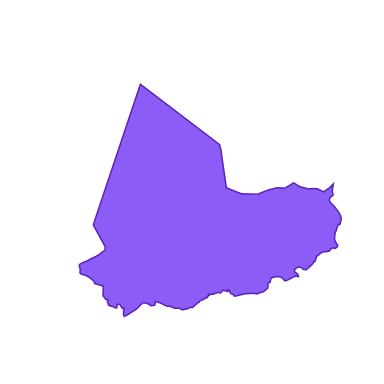 outline of Huautepec, Oaxaca, Mexico, rotated 248°
{"feature_id": "50627088B22205317391401", "entity_name": "Huautepec", "entity_type": "district", "adm_level": 2, "iso_a3": "MEX", "parent_name": "Mexico", "parent_adm1": "Oaxaca", "projection": "orthographic", "projection_center": [-96.804, 18.07], "detail": "fine", "context": "isolated", "style": "filled", "palette": "violet", "viewbox_px": 384, "rotation_deg": 248, "n_neighbors": 0, "source": "geoboundaries", "source_scale": "gbopen_adm2", "svg_char_len": 4883}
<svg xmlns="http://www.w3.org/2000/svg" viewBox="0 0 384 384"><g transform="rotate(248 192 192)"><path d="M143.5,67.5L143.1,68.1L138.9,73.3L137.7,74.5L134.4,73.0L129.1,70.5L127.9,71.1L127.3,71.2L125.8,71.7L125.3,71.6L124.6,71.8L124.2,72.7L124.0,73.3L123.6,73.8L122.6,73.1L121.9,72.4L120.5,72.4L119.5,72.6L118.9,72.2L118.5,72.3L118.1,72.4L118.4,72.8L118.0,73.1L117.8,73.3L117.5,73.4L117.1,73.5L116.7,73.8L116.5,74.1L116.3,74.3L116.2,74.5L116.1,75.1L116.0,75.4L115.8,75.5L115.6,75.7L115.1,75.9L114.8,76.1L114.5,76.3L112.8,78.3L112.7,78.6L112.8,78.8L113.0,79.0L113.7,79.4L115.4,80.4L115.5,80.7L115.6,80.9L115.4,82.1L115.3,82.3L114.9,82.5L114.6,82.8L114.3,83.1L114.1,83.2L113.5,83.3L112.9,83.4L112.6,83.3L112.0,83.3L111.6,83.4L110.8,83.7L110.3,83.9L110.1,84.1L110.0,84.3L110.0,84.6L110.0,84.8L109.9,85.1L109.5,85.3L109.1,85.2L108.9,85.1L108.6,84.9L108.4,84.7L108.0,84.4L107.9,84.2L107.6,84.1L107.3,84.1L107.1,83.9L106.7,83.7L106.3,83.7L105.7,83.4L104.1,82.5L102.9,82.6L102.0,82.6L102.2,85.0L102.2,85.9L102.6,87.8L102.8,88.7L103.6,93.2L104.1,96.2L104.5,97.1L105.3,99.3L106.2,101.1L106.6,101.8L107.7,105.0L105.7,108.5L104.3,109.5L104.0,110.1L103.8,110.6L102.0,110.9L101.0,115.1L104.1,117.2L102.3,119.5L100.4,121.5L96.6,125.0L95.7,125.9L95.4,126.4L95.1,126.8L94.9,127.2L94.6,128.0L94.7,128.9L94.2,129.3L93.7,129.6L93.3,129.5L92.9,130.0L92.1,131.0L91.9,131.2L91.8,131.5L91.7,132.0L90.5,132.3L90.2,133.8L89.6,135.3L89.0,136.8L87.9,137.5L86.6,138.5L86.1,139.9L86.3,141.0L85.9,141.4L85.6,142.6L85.6,143.4L85.3,144.2L85.5,144.9L85.9,146.1L85.4,147.1L85.4,148.2L84.7,149.2L85.4,151.1L86.3,153.2L86.3,154.0L86.9,155.0L87.1,156.4L87.1,157.2L88.1,157.8L88.2,158.5L88.0,159.7L88.0,160.9L88.3,162.4L88.3,163.1L88.3,164.3L88.6,164.5L88.9,164.7L88.8,165.2L88.7,165.6L88.8,166.0L88.7,166.2L88.4,166.2L88.3,166.4L88.5,166.5L89.0,167.0L89.1,167.6L89.5,167.7L89.6,168.2L89.8,168.2L89.8,168.5L90.1,168.5L90.3,168.7L90.3,169.0L90.0,169.4L90.8,169.8L90.3,170.5L89.8,171.3L89.5,173.2L89.5,173.9L89.1,174.1L89.2,174.4L89.4,175.8L89.2,177.3L89.0,179.0L87.9,179.9L87.8,181.3L88.1,181.9L89.2,183.2L89.3,183.9L88.9,184.4L88.4,184.9L88.2,185.6L87.9,186.2L87.9,186.5L87.6,186.8L87.1,186.9L87.0,187.2L86.6,187.3L86.5,187.8L86.3,187.9L86.3,188.2L86.8,188.4L87.2,188.7L87.7,188.9L87.6,189.4L87.1,189.6L86.6,189.8L85.4,189.8L84.0,189.8L83.3,189.7L82.9,190.4L82.6,190.9L82.0,191.4L81.4,191.8L80.6,191.9L80.1,191.9L79.7,192.2L79.5,192.6L79.1,193.8L78.7,196.9L78.4,198.9L78.2,200.4L77.5,203.9L75.9,208.7L74.3,212.4L73.3,213.5L73.2,214.7L72.8,221.5L73.3,222.4L73.6,223.5L73.9,224.6L74.2,225.1L74.2,225.7L74.5,226.0L74.8,226.4L75.8,227.0L76.9,227.6L77.9,227.4L78.7,228.0L78.9,229.0L78.9,229.8L79.1,230.5L79.5,231.0L80.8,231.7L82.1,232.6L82.6,234.8L82.2,237.1L81.7,239.3L80.2,242.1L78.1,243.8L75.0,244.6L74.7,245.4L74.5,246.9L74.8,250.5L75.3,254.8L75.0,257.2L73.5,258.9L73.9,259.1L76.1,259.3L78.2,258.2L79.4,257.4L80.3,257.3L81.1,257.7L81.8,258.6L82.6,260.7L82.6,262.2L82.1,263.5L80.9,265.2L80.0,265.6L78.7,266.1L78.3,266.5L77.9,267.3L77.6,268.3L77.1,268.8L77.0,269.2L77.2,269.4L77.7,270.1L78.0,270.8L78.1,271.9L79.9,276.4L80.4,277.4L81.6,278.4L81.3,279.6L82.6,281.0L85.0,283.0L85.9,283.7L85.9,284.3L86.0,285.3L86.4,286.5L86.9,287.7L87.4,289.8L87.2,291.2L87.0,292.1L86.8,293.3L86.3,294.0L86.2,294.8L86.1,295.4L86.1,296.2L85.9,296.9L85.8,297.5L86.1,297.8L87.0,298.7L87.0,299.8L87.4,301.2L87.3,302.4L86.7,302.8L86.1,303.2L86.1,303.9L86.5,305.5L86.8,306.1L87.3,306.7L87.8,307.0L88.4,307.2L90.6,306.6L91.9,306.4L92.7,306.4L93.5,306.4L94.7,306.5L95.8,306.9L96.6,307.4L97.8,307.9L100.4,309.3L102.2,311.3L103.9,312.5L105.0,313.5L105.4,314.1L106.2,314.5L107.1,315.6L106.4,316.8L108.3,318.3L110.1,319.7L111.5,320.4L112.2,320.4L112.8,320.5L113.7,320.9L116.2,320.7L117.7,320.5L118.7,320.3L120.8,319.8L122.0,319.4L122.9,319.3L123.5,319.1L125.7,318.3L127.4,317.8L129.2,316.9L129.7,316.7L132.3,316.1L133.4,316.6L134.4,317.1L135.3,318.7L135.9,320.6L136.1,321.6L139.7,322.3L140.8,322.7L143.0,323.9L145.1,325.2L146.6,326.1L144.3,321.0L143.6,317.5L143.4,316.5L142.8,314.1L144.6,312.5L147.9,309.6L148.8,307.9L149.4,306.6L151.3,301.2L152.5,299.5L153.1,298.6L156.6,293.9L158.5,292.5L162.4,289.7L161.4,283.9L160.8,279.5L162.5,275.9L164.0,272.6L165.2,264.4L165.4,255.8L165.4,251.9L166.8,248.8L170.1,241.1L172.0,237.0L180.1,228.5L183.1,225.5L197.2,228.9L211.5,232.4L220.9,234.8L221.8,234.8L225.6,235.3L311.2,184.5L217.2,104.1L198.4,88.1L173.8,91.0L170.7,89.6L170.0,86.6L168.8,82.3L168.2,78.6L168.1,75.2L168.1,74.9L167.7,71.3L167.3,67.3L167.5,65.3L166.9,60.4L166.3,60.1L165.3,59.7L164.9,59.7L164.3,59.6L163.4,59.6L162.8,59.6L162.5,59.5L162.0,59.2L161.5,59.0L160.8,58.8L160.4,58.7L160.0,58.4L159.6,58.1L159.2,57.9L158.6,57.9L157.8,58.2L157.1,58.9L156.7,59.5L155.4,60.9L155.0,61.5L154.5,62.1L154.2,62.5L153.5,63.1L151.2,64.8L150.3,65.4L148.9,66.1L146.4,67.5L143.9,67.9L143.7,67.8L143.5,67.5Z" fill="#8b5cf6" stroke="#5b21b6" stroke-width="1.5"/></g></svg>